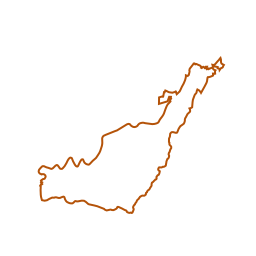 the district of Quang Tri, Quảng Trị, Vietnam, rotated 18°
{"feature_id": "81297802B92774803000720", "entity_name": "Quang Tri", "entity_type": "district", "adm_level": 2, "iso_a3": "VNM", "parent_name": "Vietnam", "parent_adm1": "Quảng Trị", "projection": "equal_earth", "projection_center": [107.145, 16.698], "detail": "fine", "context": "isolated", "style": "outline", "palette": "amber", "viewbox_px": 256, "rotation_deg": 18, "n_neighbors": 0, "source": "geoboundaries", "source_scale": "gbopen_adm2", "svg_char_len": 5852}
<svg xmlns="http://www.w3.org/2000/svg" viewBox="0 0 256 256"><g transform="rotate(18 128 128)"><path d="M68.5,223.2L71.2,222.9L73.3,221.7L75.0,219.8L77.4,217.6L78.0,217.5L79.3,217.1L79.9,216.6L80.8,216.2L81.3,216.1L83.5,216.0L84.8,215.6L86.3,214.3L87.5,213.4L88.0,213.2L88.5,213.3L88.9,213.5L90.2,215.3L91.4,216.4L92.0,216.8L92.6,217.1L93.4,217.3L95.1,217.5L95.8,217.5L96.6,217.4L98.1,217.0L98.6,216.7L99.3,215.7L99.9,214.5L100.3,213.9L100.7,213.7L102.1,213.6L103.0,213.3L106.4,211.4L108.6,210.8L110.5,211.2L113.8,212.6L114.8,212.6L119.7,212.1L123.0,211.9L130.2,212.3L130.8,212.7L131.8,212.9L133.1,213.0L133.7,212.7L136.4,211.1L136.9,210.9L138.0,211.0L139.5,210.6L140.4,209.9L141.9,208.3L142.2,207.7L142.2,206.8L142.4,206.4L142.6,206.2L143.4,206.0L147.0,206.4L150.3,207.0L151.5,207.0L152.1,207.2L152.8,208.0L153.1,208.2L154.4,208.4L155.5,208.3L156.0,208.1L156.9,207.5L157.1,207.5L157.6,207.7L158.0,207.5L158.3,207.1L158.4,206.8L158.6,203.9L158.5,203.5L158.4,203.2L158.1,203.0L157.5,202.2L157.3,201.7L157.3,201.0L157.4,200.4L157.8,199.0L158.2,198.6L158.2,197.5L158.8,195.9L159.0,194.0L159.4,193.1L160.1,192.0L160.3,190.9L160.6,190.3L160.7,189.7L161.2,189.2L161.7,188.5L162.5,187.9L164.1,187.4L164.6,187.2L164.8,186.9L165.1,186.4L165.5,185.8L165.2,184.5L165.2,184.3L165.3,184.0L165.6,183.7L165.9,183.1L165.8,182.7L165.8,182.3L166.1,181.6L166.6,180.6L167.2,180.0L167.3,179.6L167.4,179.0L167.5,178.3L168.2,175.8L168.2,175.5L167.8,174.2L167.7,173.2L167.7,172.6L168.6,171.4L169.2,170.0L169.5,169.6L169.9,168.6L170.3,168.4L170.7,168.0L170.8,167.3L170.7,166.9L170.2,165.9L170.2,165.7L170.8,163.8L170.9,163.7L171.6,163.1L171.8,162.1L171.8,160.9L171.6,159.3L171.4,159.2L170.6,159.0L170.2,158.8L169.6,158.3L169.4,157.5L169.4,157.1L169.6,156.1L169.8,155.8L172.2,155.1L172.4,154.9L173.1,154.1L174.0,153.9L175.0,152.9L175.5,152.2L175.5,151.8L175.5,151.5L175.3,150.6L175.2,149.5L175.0,148.4L174.9,147.9L175.0,145.5L175.0,145.4L175.6,144.7L175.8,144.0L175.9,143.0L175.8,142.1L175.6,141.5L174.8,140.6L174.6,139.5L174.7,138.5L175.0,137.8L174.9,136.7L174.9,135.1L175.2,134.4L175.3,133.9L175.0,132.7L174.8,132.4L174.5,132.1L172.7,131.1L172.2,130.3L172.0,129.4L171.9,129.1L171.3,128.7L170.3,125.5L170.3,125.1L170.5,123.3L169.9,120.4L170.3,119.2L171.0,118.4L172.1,118.0L175.0,117.8L175.9,117.4L176.2,116.5L176.4,113.3L176.8,111.5L177.4,109.7L177.7,109.5L179.3,107.3L179.7,106.7L179.9,105.5L179.9,104.2L179.8,103.4L179.5,102.6L179.4,101.6L179.4,101.1L179.7,99.9L180.3,96.3L181.9,93.4L181.9,92.9L181.6,92.0L181.2,91.2L180.4,90.4L181.6,89.6L182.6,88.5L181.4,83.4L181.0,81.0L181.2,76.2L181.4,75.3L182.1,73.8L182.2,72.9L182.0,71.8L182.0,71.1L182.1,69.9L184.1,70.3L186.3,71.7L186.6,72.0L188.1,64.4L188.7,60.7L188.7,59.1L188.1,55.7L188.2,55.0L189.0,54.7L190.2,54.0L191.8,52.7L192.7,51.8L192.0,50.0L193.1,49.7L193.7,49.7L194.1,49.4L193.6,48.4L193.3,47.2L193.1,46.6L193.3,46.1L192.7,46.0L191.5,46.0L190.5,45.3L189.5,44.6L189.3,44.6L186.4,47.1L186.1,46.6L184.8,47.6L184.3,46.6L184.2,46.0L184.2,45.3L183.1,45.7L183.3,47.1L183.0,47.3L182.6,47.4L181.8,46.7L181.1,46.8L180.9,46.5L180.7,46.5L180.4,46.7L179.6,48.2L179.0,48.1L179.2,47.6L179.1,47.4L178.5,47.0L176.9,46.3L175.8,46.3L173.3,46.0L172.7,46.1L172.3,46.7L172.2,46.7L171.3,46.1L171.0,46.1L170.5,46.4L170.4,47.0L168.4,52.5L168.5,54.2L168.9,54.7L169.1,55.3L169.2,56.2L169.4,58.8L169.1,59.1L168.7,60.1L166.8,60.0L167.2,61.3L167.4,62.8L167.5,65.0L167.2,68.5L166.5,72.1L166.0,76.3L165.8,77.3L163.9,80.8L162.8,79.5L162.3,78.5L162.0,78.5L161.4,79.3L160.0,80.2L159.4,80.7L156.6,81.2L155.6,81.3L153.2,80.9L151.9,80.8L151.8,82.7L151.2,82.8L151.7,86.8L151.7,87.4L151.5,87.5L151.1,87.2L148.1,89.3L150.0,95.5L157.4,90.4L157.5,85.6L159.2,85.1L159.3,85.7L158.5,86.1L158.6,86.9L159.5,86.2L159.8,86.5L159.1,87.5L159.7,87.5L159.5,89.5L160.1,89.8L159.5,91.1L158.4,93.4L158.0,95.6L157.8,98.6L157.7,103.0L157.5,104.5L157.0,106.4L155.8,109.8L155.5,111.2L155.4,112.1L155.2,113.0L154.7,113.9L153.7,114.8L152.0,115.9L149.9,116.8L142.8,118.1L141.3,118.2L140.4,118.4L139.2,119.0L138.1,119.7L137.5,120.3L137.1,120.9L136.6,121.9L136.4,122.8L135.9,123.6L135.0,124.5L133.9,125.1L133.0,125.3L132.1,125.3L130.7,125.0L129.6,124.5L128.5,123.8L127.9,123.8L127.0,124.0L125.8,124.9L118.3,133.7L116.7,134.9L108.9,141.4L107.3,142.9L106.9,143.6L106.7,144.3L106.6,145.3L106.7,146.0L108.2,150.2L108.5,151.6L108.7,153.4L108.7,158.2L108.5,160.2L107.9,162.7L106.9,166.2L106.3,167.3L104.6,170.1L103.0,173.5L102.4,174.6L102.0,174.9L101.6,175.1L99.9,175.2L99.1,175.1L97.5,174.5L96.9,174.0L96.4,173.5L95.2,172.1L94.8,171.8L94.2,171.9L93.9,172.1L93.5,172.5L92.9,174.6L92.6,176.5L92.3,179.1L92.1,179.9L91.7,180.3L90.9,180.4L90.2,180.2L89.5,179.8L88.6,179.1L86.0,176.6L84.2,174.4L83.8,174.0L83.3,173.9L82.3,174.0L82.0,174.3L81.6,174.8L81.1,175.9L80.7,177.5L80.3,180.4L79.5,183.9L78.4,186.4L77.9,187.2L77.5,187.4L76.9,187.6L76.2,187.6L75.7,187.5L73.8,186.0L72.5,185.2L71.8,185.2L71.6,185.3L70.7,186.2L69.2,189.1L68.8,189.7L68.4,190.1L67.9,190.5L67.1,190.6L64.7,190.5L62.5,190.6L59.9,190.3L58.8,190.6L58.2,191.1L57.4,192.6L56.5,194.7L56.3,195.5L56.4,196.5L56.5,197.0L56.8,197.5L57.1,197.9L57.9,198.4L58.7,198.7L59.4,198.6L60.0,198.9L61.4,198.1L62.7,198.0L64.0,198.6L64.7,199.7L64.7,200.2L64.5,201.4L64.4,201.9L64.0,202.3L63.6,202.6L63.2,202.7L62.8,203.0L62.2,204.0L61.9,204.1L61.5,204.9L62.1,205.4L62.1,205.6L62.0,206.2L63.0,206.3L62.9,206.5L62.6,206.5L62.5,206.8L63.0,207.0L63.2,207.7L63.7,207.9L63.6,208.1L62.6,208.6L62.6,209.5L62.3,209.8L62.3,210.0L62.9,210.0L63.6,212.4L64.0,213.9L65.7,218.5L66.6,220.4L68.1,222.7L68.5,223.2ZM199.7,38.4L197.2,37.9L196.7,37.5L196.1,36.6L195.2,34.1L194.3,32.8L193.8,33.9L193.6,34.8L192.6,36.9L191.7,39.1L191.1,40.5L190.2,41.5L189.7,41.7L188.8,41.8L190.1,43.6L191.1,42.7L194.5,42.3L194.8,43.5L196.6,43.4L197.2,44.6L197.8,42.6L198.2,42.2L199.0,41.5L199.3,41.0L199.4,40.5L199.4,39.5L199.7,38.4Z" fill="none" stroke="#b45309" stroke-width="2"/></g></svg>